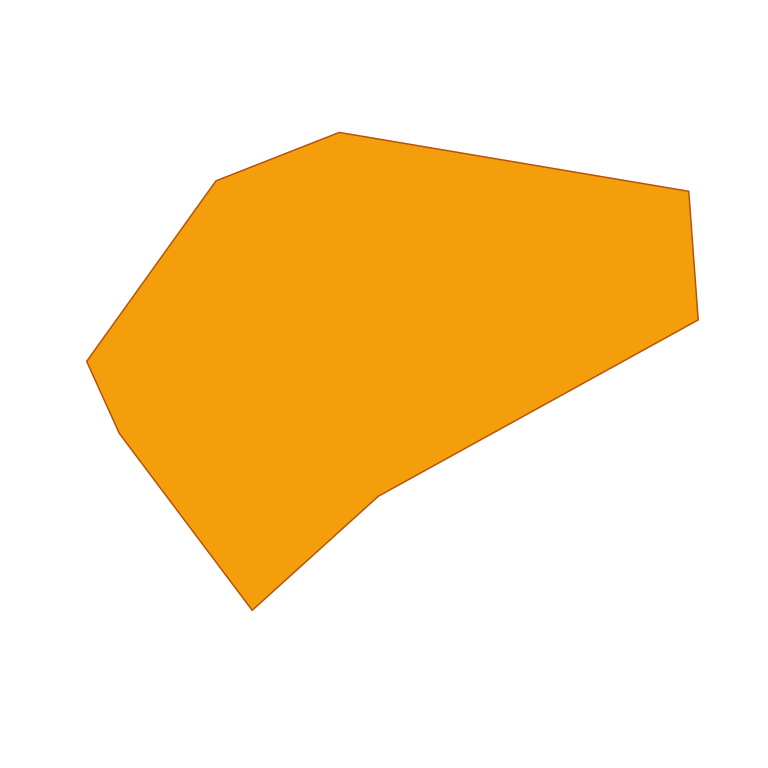 map outline of Barbados (Mercator projection), rotated 101°
{"feature_id": "BRB", "entity_name": "Barbados", "entity_type": "country or territory", "adm_level": 0, "iso_a3": "BRB", "parent_name": "North America", "parent_adm1": "", "projection": "mercator", "projection_center": [-59.546, 13.19], "detail": "fine", "context": "isolated", "style": "filled", "palette": "amber", "viewbox_px": 768, "rotation_deg": 101, "n_neighbors": 0, "source": "natural_earth", "source_scale": "50m", "svg_char_len": 278}
<svg xmlns="http://www.w3.org/2000/svg" viewBox="0 0 768 768"><g transform="rotate(101 384 384)"><path d="M483.0,634.4L418.5,680.2L216.6,587.7L145.6,476.0L136.7,121.6L261.1,87.8L495.2,368.1L631.3,470.2L483.0,634.4Z" fill="#f59e0b" stroke="#b45309" stroke-width="1.5"/></g></svg>